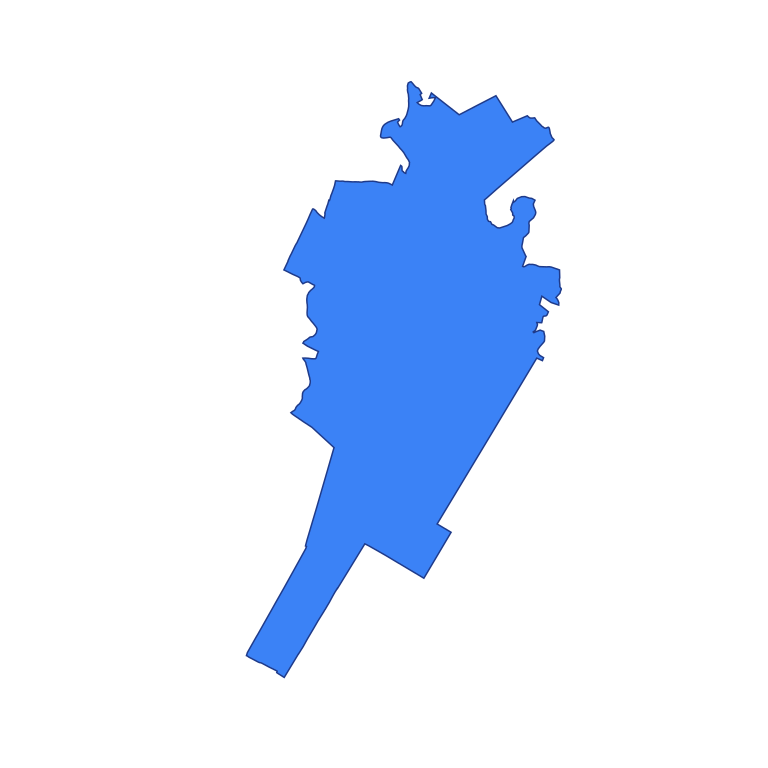 outline of Stoenesti, Giurgiu, Romania, rotated 23°
{"feature_id": "2599482B4424245077125", "entity_name": "Stoenesti", "entity_type": "district", "adm_level": 2, "iso_a3": "ROU", "parent_name": "Romania", "parent_adm1": "Giurgiu", "projection": "mercator", "projection_center": [25.883, 44.12], "detail": "fine", "context": "isolated", "style": "filled", "palette": "blue", "viewbox_px": 768, "rotation_deg": 23, "n_neighbors": 0, "source": "geoboundaries", "source_scale": "gbopen_adm2", "svg_char_len": 6093}
<svg xmlns="http://www.w3.org/2000/svg" viewBox="0 0 768 768"><g transform="rotate(23 384 384)"><path d="M406.8,693.1L410.7,665.9L410.8,665.9L412.2,657.3L413.1,648.7L414.8,636.0L415.8,627.9L417.6,616.5L417.7,615.2L417.9,614.7L418.4,610.6L419.0,606.3L419.6,599.7L420.1,595.3L420.9,590.2L421.1,590.3L428.8,538.6L433.2,538.9L451.3,541.0L496.6,547.2L503.7,494.3L487.6,492.1L502.6,385.9L514.5,300.5L520.7,300.6L520.6,297.4L516.3,296.8L514.3,295.8L512.3,293.7L512.2,291.6L512.9,288.5L514.7,283.2L514.9,281.7L513.3,277.2L510.5,273.2L506.6,273.4L505.1,274.9L503.7,276.2L501.9,278.2L501.0,277.8L502.4,275.1L502.3,270.8L502.1,269.4L500.6,267.7L505.2,266.0L505.2,265.5L504.2,260.5L504.3,259.4L505.1,258.8L506.5,258.0L507.1,256.8L507.1,256.3L507.1,253.3L496.1,250.2L495.0,241.5L506.0,243.7L514.0,243.1L513.2,240.9L511.9,239.5L510.9,238.6L509.9,237.9L508.5,237.2L510.5,231.5L510.2,230.0L510.2,227.8L510.0,227.1L507.8,225.7L507.3,224.3L505.1,220.3L504.5,218.9L504.3,217.6L501.0,210.4L492.3,211.0L490.3,211.5L487.8,212.7L481.2,215.2L479.3,215.3L477.3,215.2L474.2,215.8L472.1,216.7L470.8,217.1L469.2,218.7L467.9,220.6L467.3,221.2L466.4,221.6L465.6,221.5L465.0,211.1L464.1,210.5L457.9,204.8L457.2,203.6L456.8,202.3L456.4,200.1L455.3,195.3L455.2,194.7L456.6,192.2L458.0,188.4L458.0,187.5L455.6,181.1L454.5,179.4L454.2,177.6L456.7,172.6L457.1,168.9L457.0,168.0L456.6,166.6L455.5,165.2L452.4,162.1L451.1,159.9L451.2,155.8L447.5,155.4L445.1,156.1L440.5,156.4L437.5,157.8L434.2,161.1L433.4,164.1L432.3,166.0L431.5,164.8L431.6,169.2L431.9,172.0L432.6,172.8L432.4,173.8L435.6,176.3L436.4,178.1L436.9,178.4L437.5,178.3L438.1,178.7L438.6,179.5L439.0,180.5L438.8,182.2L439.0,184.0L438.9,184.9L438.6,185.7L437.7,187.2L435.5,190.0L429.5,195.2L427.2,195.9L422.7,194.8L421.0,194.9L418.6,193.0L416.7,193.4L414.8,192.0L413.7,189.6L411.5,187.6L410.2,184.7L407.6,180.1L406.5,179.3L404.5,175.3L406.0,172.4L411.3,161.2L425.1,133.1L433.5,115.9L440.7,101.4L444.0,95.7L445.0,93.7L445.1,93.2L445.0,92.6L444.0,92.2L442.3,91.5L439.1,88.4L438.6,87.5L436.8,84.8L436.1,83.9L435.5,83.5L435.2,83.4L434.8,83.5L433.0,85.3L432.3,85.5L431.7,85.6L431.1,85.6L430.3,85.3L428.5,85.0L426.9,84.2L421.7,82.1L418.7,80.1L416.8,81.2L414.8,82.0L414.3,82.0L413.3,81.9L411.1,81.1L399.9,92.7L374.4,74.9L360.1,92.1L348.0,106.8L313.9,97.6L313.9,103.3L316.1,101.9L317.9,101.0L319.5,100.4L319.3,104.1L318.4,108.9L317.6,110.0L313.9,111.4L313.2,111.8L311.9,112.4L309.8,113.0L308.6,113.0L307.2,112.8L306.1,112.6L304.6,112.0L305.1,111.3L307.1,108.8L308.1,107.3L304.2,103.5L305.1,101.7L300.6,98.5L299.6,98.2L298.4,98.3L297.0,98.1L295.2,97.3L292.7,96.0L290.9,95.2L290.7,95.2L289.8,96.0L288.7,97.5L289.0,100.1L289.4,101.1L290.2,102.6L290.6,104.0L291.7,105.9L293.2,107.8L294.5,110.3L295.1,111.3L296.0,113.8L297.1,116.0L298.3,119.0L298.9,121.6L299.6,126.5L299.7,128.2L299.4,131.1L299.3,131.6L298.7,133.5L298.6,134.4L298.8,135.7L299.2,137.1L299.4,138.1L299.4,138.7L299.2,139.4L298.8,140.4L298.3,140.9L298.0,140.8L295.9,139.3L294.2,137.7L294.5,136.6L295.2,135.0L293.8,134.1L287.7,139.2L285.4,141.5L284.2,143.2L283.1,144.9L282.5,146.6L282.3,148.1L282.3,149.7L282.6,151.5L283.8,156.8L284.3,157.7L285.0,158.1L285.7,158.2L286.2,158.1L287.4,157.8L288.2,157.4L290.7,156.0L291.9,155.2L293.1,154.5L293.4,154.4L294.2,154.5L297.1,156.2L304.4,159.5L306.5,160.7L309.0,161.8L311.8,163.3L316.5,166.8L318.4,167.9L320.9,170.0L321.1,170.9L321.5,171.8L321.9,173.3L321.8,175.4L321.2,178.8L321.3,179.9L321.7,181.6L320.1,181.6L319.3,181.4L319.2,181.2L318.9,181.0L317.7,180.8L317.4,180.6L316.7,179.4L316.3,178.4L315.5,176.9L315.1,176.6L313.9,176.3L313.9,197.6L310.9,197.4L309.5,197.4L307.9,197.7L305.8,198.4L304.4,199.1L300.3,200.4L297.3,200.9L294.8,201.6L292.7,202.5L287.7,204.9L286.4,205.6L284.6,206.9L282.4,207.7L281.5,207.9L281.0,208.2L279.3,208.8L275.9,210.3L271.8,211.7L268.9,212.9L266.9,213.3L264.3,214.5L261.2,215.5L260.0,216.0L260.9,220.4L261.2,223.6L261.5,229.1L261.5,231.2L261.8,233.4L262.0,234.7L262.1,236.3L261.4,236.3L262.0,240.5L262.0,242.1L262.5,248.0L262.7,249.8L263.2,250.2L264.2,254.1L264.2,254.7L262.3,254.4L261.8,254.4L258.3,253.5L255.4,252.3L254.3,251.6L253.5,251.1L252.5,250.8L251.1,250.5L250.6,250.5L250.2,250.6L249.9,250.9L249.7,256.8L249.7,261.6L249.6,266.2L248.7,287.1L248.7,287.5L248.8,287.7L248.5,288.8L248.2,291.3L247.8,300.6L247.6,302.7L247.5,307.5L247.5,308.1L247.7,308.4L247.3,318.1L257.2,318.7L262.7,318.8L264.9,319.1L265.4,319.3L265.6,319.5L266.3,320.8L266.7,321.3L268.2,322.4L268.9,322.8L270.2,323.4L271.9,321.3L273.1,320.3L274.1,319.7L274.5,319.6L279.5,320.2L280.9,320.2L281.5,320.3L281.8,321.3L281.8,322.5L280.8,324.8L280.1,326.1L279.7,326.9L279.5,327.9L279.1,328.8L279.0,329.4L279.0,330.9L278.8,332.3L279.6,335.4L280.1,336.8L281.5,339.6L282.3,340.8L283.6,343.5L285.2,348.1L285.7,349.2L286.3,350.4L286.8,351.1L287.7,351.9L290.0,353.0L292.7,354.6L295.2,355.8L298.3,357.5L299.9,358.5L301.1,359.7L301.1,360.3L301.5,362.1L301.7,363.5L301.4,365.2L301.1,366.0L300.2,367.9L299.6,368.4L297.9,369.5L297.3,370.1L296.6,371.6L295.9,372.8L293.5,376.3L293.7,377.0L293.4,377.8L293.4,378.1L298.8,379.1L307.5,379.6L310.9,379.7L311.0,382.9L311.3,385.7L311.3,386.9L311.0,387.5L309.7,388.2L307.2,389.1L304.2,389.9L301.1,391.0L299.2,391.9L299.7,392.4L302.5,394.0L303.7,394.9L304.3,395.9L307.0,399.2L311.2,404.9L313.4,407.6L313.9,408.6L314.3,409.1L314.7,409.5L315.3,410.9L315.7,412.1L315.9,413.9L316.1,414.4L315.7,416.0L315.0,417.8L314.4,419.0L313.5,420.1L312.8,422.0L312.6,423.0L312.7,424.5L313.9,428.0L314.3,428.6L314.5,429.5L314.6,430.8L314.4,433.0L314.2,434.2L313.9,435.4L312.8,437.4L312.3,439.1L312.1,440.0L312.2,441.3L312.0,442.8L311.6,443.6L310.5,445.0L309.5,446.8L311.4,447.5L314.1,448.1L325.5,450.4L334.5,452.0L362.9,462.1L363.0,463.4L365.7,485.6L370.3,524.2L374.1,557.7L375.0,563.8L376.1,563.8L376.3,566.0L374.7,581.6L372.7,600.6L371.6,610.9L369.7,627.4L368.8,635.8L368.7,636.6L365.6,664.1L365.3,666.0L364.7,671.2L363.2,684.5L363.5,687.8L364.6,687.8L366.2,688.2L367.3,688.3L376.8,689.1L378.1,689.1L380.0,688.7L389.1,689.5L397.6,690.0L397.9,690.1L398.0,690.5L397.9,691.4L398.1,691.6L400.1,692.0L406.8,693.1Z" fill="#3b82f6" stroke="#1e3a8a" stroke-width="1.5"/></g></svg>